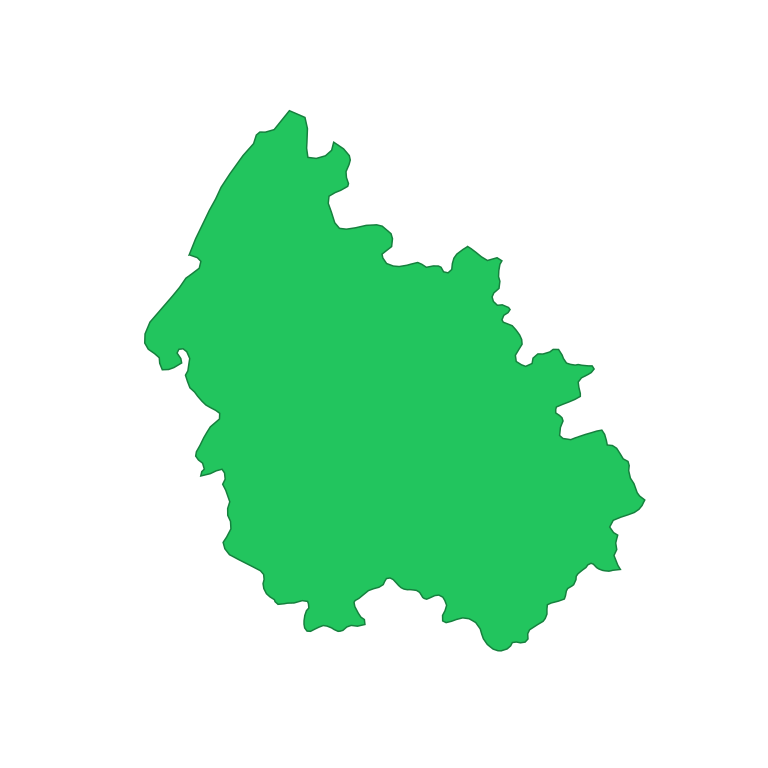 Shchuchyn, Grodno, Belarus, rotated 344°
{"feature_id": "67162791B66420794580046", "entity_name": "Shchuchyn", "entity_type": "district", "adm_level": 2, "iso_a3": "BLR", "parent_name": "Belarus", "parent_adm1": "Grodno", "projection": "orthographic", "projection_center": [24.728, 53.725], "detail": "fine", "context": "isolated", "style": "filled", "palette": "green", "viewbox_px": 768, "rotation_deg": 344, "n_neighbors": 0, "source": "geoboundaries", "source_scale": "gbopen_adm2", "svg_char_len": 4694}
<svg xmlns="http://www.w3.org/2000/svg" viewBox="0 0 768 768"><g transform="rotate(344 384 384)"><path d="M221.4,566.6L227.4,567.7L231.2,568.1L233.3,568.7L237.3,569.7L242.4,569.7L245.7,569.7L250.6,571.9L250.8,574.4L250.0,578.6L247.0,580.5L244.1,584.6L241.9,589.5L240.9,592.9L240.5,596.6L241.9,600.3L245.2,601.5L249.7,600.6L254.4,599.8L259.0,599.4L262.5,601.0L266.4,604.0L268.4,606.3L271.7,609.1L273.7,609.5L276.6,609.5L281.3,607.3L285.9,607.0L291.8,609.5L299.4,609.9L300.2,605.0L297.5,601.7L296.1,597.2L294.6,589.9L295.0,585.6L296.5,584.2L300.7,583.2L312.1,578.3L317.6,577.9L323.1,578.0L328.0,576.6L330.0,574.2L332.7,571.7L336.4,572.1L339.0,574.6L341.1,578.8L342.5,581.7L344.3,584.5L346.6,586.6L349.8,588.2L352.3,588.8L355.3,590.0L358.4,591.4L360.8,594.1L361.8,597.5L362.4,599.8L363.5,601.2L365.7,602.6L369.2,602.2L374.5,601.4L378.5,602.0L381.8,605.1L382.8,608.9L383.2,614.0L380.2,618.7L376.5,622.6L375.1,627.9L377.9,630.5L383.4,630.7L388.7,630.3L395.2,630.5L401.1,633.1L403.6,635.6L406.4,638.6L409.0,645.9L409.0,651.2L409.3,656.3L411.5,662.8L413.5,665.7L415.8,668.9L420.0,671.8L423.1,672.8L429.4,672.6L433.6,670.6L436.1,667.9L440.1,668.5L443.8,670.4L448.5,671.0L452.1,668.8L453.3,663.7L456.2,660.4L465.4,657.6L471.5,656.0L474.3,653.9L477.2,650.1L478.6,645.2L480.2,641.2L484.5,640.6L491.8,640.8L498.1,640.4L500.0,637.7L502.2,633.3L504.2,631.2L508.9,630.0L511.0,629.2L514.6,625.0L515.7,621.9L518.1,619.9L520.8,618.7L523.6,617.5L527.5,616.1L530.1,614.0L533.6,613.4L535.6,614.9L537.8,619.1L539.5,621.0L542.7,623.4L545.0,624.5L548.6,625.9L550.8,626.1L552.5,626.1L560.1,627.4L558.8,622.7L557.8,612.2L562.1,607.3L562.9,600.7L565.0,597.0L567.0,593.7L563.7,590.1L561.5,583.7L566.8,578.2L574.5,577.3L582.6,577.0L589.2,576.5L594.6,574.7L598.6,571.9L600.7,569.5L602.7,567.4L598.8,562.1L597.4,558.3L596.8,548.7L594.9,542.4L595.3,534.8L597.2,530.0L597.2,525.7L593.3,521.9L591.9,516.6L589.9,509.9L586.6,506.1L581.8,504.2L582.2,499.4L582.2,493.2L580.7,488.4L575.5,487.9L570.2,488.0L563.5,488.0L553.0,488.5L548.2,489.0L541.0,485.7L538.6,481.9L541.6,474.4L543.9,471.4L545.9,468.9L545.8,465.5L544.3,463.0L541.1,459.1L542.1,455.7L543.4,453.6L550.1,452.8L557.0,452.2L563.4,451.4L569.3,450.0L570.1,447.2L570.4,440.8L571.2,435.7L575.5,432.5L582.7,431.1L586.4,430.1L590.1,427.5L589.1,424.0L585.4,422.9L579.3,420.5L576.0,418.8L573.1,418.6L568.6,416.5L565.2,414.2L563.5,409.0L563.2,405.3L561.3,398.9L556.1,397.4L552.2,398.9L545.1,399.0L540.2,397.5L534.4,400.2L532.0,405.1L525.0,406.1L521.3,403.3L517.3,398.8L518.2,392.6L523.1,388.0L527.7,383.8L528.6,379.2L527.9,374.3L525.8,368.5L523.3,363.3L519.0,360.0L515.7,357.5L515.1,354.8L518.1,351.0L522.9,349.6L525.7,347.2L524.8,344.8L519.5,340.5L514.7,339.6L511.9,334.8L511.9,330.1L514.7,326.7L520.9,323.8L523.7,317.2L523.7,312.4L525.6,306.7L528.4,300.9L531.3,298.1L527.5,293.8L521.8,293.8L517.5,293.8L512.7,288.6L508.6,282.7L505.0,277.9L502.2,274.8L501.4,275.2L497.1,276.4L489.8,279.2L485.9,282.3L482.9,287.1L480.7,292.6L476.2,294.8L472.2,292.6L471.0,287.5L468.8,285.6L463.9,284.1L456.9,283.5L453.3,279.3L449.9,276.5L442.6,276.2L438.9,276.2L431.0,275.3L425.5,273.2L419.7,268.9L417.6,262.5L417.9,258.6L424.0,256.1L429.2,254.0L432.2,246.7L432.2,241.5L425.8,231.8L420.9,229.0L410.6,226.6L399.6,226.0L390.5,224.8L384.1,222.1L381.1,215.4L380.8,204.1L380.2,195.0L382.9,188.3L389.9,186.5L395.7,185.9L403.6,184.0L405.1,181.6L404.8,175.2L406.0,169.4L410.9,163.4L413.3,159.4L413.6,154.9L410.0,146.9L402.4,137.8L402.3,137.7L398.1,144.9L390.6,148.5L381.1,148.5L373.3,145.2L374.6,136.0L376.6,130.2L380.8,117.4L381.5,106.0L368.4,95.2L348.5,109.2L339.3,109.2L334.1,107.6L329.9,109.5L324.9,117.0L311.5,125.5L293.8,139.5L281.7,149.9L273.2,159.7L264.0,168.9L256.8,177.0L243.0,192.4L232.3,206.2L232.5,206.2L239.4,211.1L241.8,215.6L238.3,221.8L229.3,225.3L222.7,227.7L214.0,234.9L205.0,241.1L191.4,250.0L176.1,260.0L168.1,270.0L165.3,278.7L167.0,285.6L171.8,291.5L175.2,296.8L174.1,302.3L174.8,309.2L181.0,310.7L186.6,310.3L195.3,308.0L195.7,303.5L193.6,297.2L196.4,294.1L200.6,294.8L203.3,298.6L204.3,305.9L201.9,311.1L199.1,317.3L195.6,320.8L195.8,327.3L196.4,334.2L199.7,339.5L201.5,344.4L204.3,350.4L207.0,355.1L210.5,358.7L214.9,362.9L218.0,366.9L216.2,372.3L205.3,377.3L200.6,381.5L195.9,386.0L190.2,392.3L185.0,397.4L183.1,401.4L184.7,405.9L187.8,410.1L187.8,416.3L184.7,418.0L182.5,421.9L192.3,422.3L198.9,421.2L204.8,421.3L206.2,425.5L205.1,431.7L201.3,435.9L202.6,442.5L203.3,454.7L199.4,460.6L197.6,467.2L198.6,473.8L196.9,481.1L190.6,487.7L185.7,491.9L185.6,498.5L188.4,505.5L196.4,513.2L207.7,523.7L213.8,529.5L215.8,533.9L214.9,538.8L212.7,542.6L212.1,547.6L213.2,553.2L215.7,557.2L219.2,561.1L219.3,563.2L221.4,566.6Z" fill="#22c55e" stroke="#15803d" stroke-width="1.5"/></g></svg>